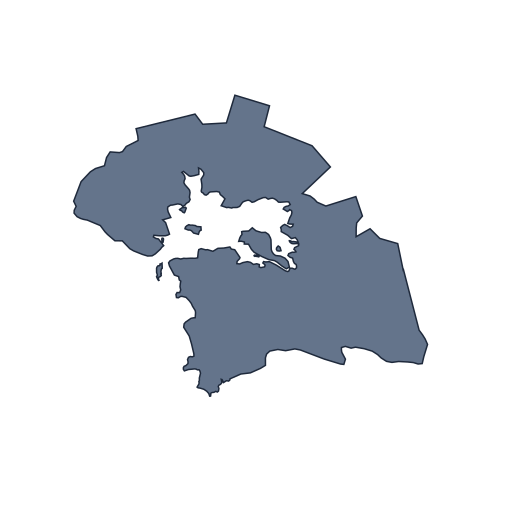 Sandakan, Sabah, Malaysia, rotated 197°
{"feature_id": "92858781B38281907433738", "entity_name": "Sandakan", "entity_type": "district", "adm_level": 2, "iso_a3": "MYS", "parent_name": "Malaysia", "parent_adm1": "Sabah", "projection": "albers", "projection_center": [118.031, 5.791], "detail": "fine", "context": "isolated", "style": "filled", "palette": "slate", "viewbox_px": 512, "rotation_deg": 197, "n_neighbors": 0, "source": "geoboundaries", "source_scale": "gbopen_adm2", "svg_char_len": 6168}
<svg xmlns="http://www.w3.org/2000/svg" viewBox="0 0 512 512"><g transform="rotate(197 256 256)"><path d="M446.4,255.1L442.5,250.9L443.2,246.6L442.5,243.8L438.6,241.3L434.7,240.6L431.6,240.6L428.0,241.0L413.8,239.6L407.5,235.0L404.3,233.2L395.4,229.3L388.3,231.4L378.8,226.1L374.5,225.1L365.0,224.3L359.6,224.3L355.4,225.8L352.9,228.6L349.4,234.6L348.7,236.7L347.3,238.9L354.3,243.8L356.8,243.5L359.7,244.2L359.7,246.0L354.7,247.0L348.7,248.8L346.5,250.2L345.1,251.6L352.2,261.5L355.8,263.3L348.7,267.9L352.9,272.5L354.3,275.0L354.7,277.1L352.6,279.6L350.8,280.3L346.0,283.0L342.8,283.3L340.5,282.1L338.9,283.7L338.0,286.0L336.0,288.2L335.5,290.7L336.9,292.8L337.6,297.3L338.7,299.4L340.1,300.5L344.8,303.4L346.4,305.0L346.7,307.1L346.4,309.1L347.6,311.6L349.2,313.0L351.4,314.3L350.1,315.7L343.3,313.0L341.7,313.2L338.5,314.8L334.6,317.3L335.3,320.2L336.7,323.4L334.0,322.9L330.3,320.4L329.7,318.2L331.0,313.4L328.7,308.6L327.8,305.9L327.4,302.1L326.7,301.2L324.9,300.7L323.3,299.6L321.5,299.6L320.1,301.2L319.7,302.5L318.5,303.9L312.4,306.2L309.7,306.4L308.1,304.3L305.4,303.2L302.4,301.6L304.0,293.9L298.1,293.7L296.8,294.4L293.1,294.8L292.5,295.5L288.2,296.9L286.1,298.7L285.0,302.3L284.1,304.1L281.8,305.9L279.8,307.1L278.0,307.1L275.5,306.2L273.6,307.3L270.5,310.5L266.2,313.9L263.9,314.8L261.0,313.9L259.1,315.2L257.3,316.1L255.1,316.1L252.3,315.2L250.3,314.1L248.5,314.5L242.6,316.8L240.5,317.3L238.3,315.2L239.9,313.2L241.7,312.3L243.3,310.7L243.7,308.9L239.0,307.7L237.8,309.1L237.4,310.2L235.3,309.8L234.4,308.2L234.2,305.7L234.9,302.3L235.1,296.4L233.3,296.4L229.7,297.3L229.7,295.0L231.7,293.2L234.9,294.1L237.8,294.6L239.4,293.0L240.8,290.5L239.6,288.7L239.0,286.7L231.7,285.1L227.2,283.0L223.8,285.1L221.3,283.5L218.6,280.1L218.3,278.3L221.5,275.3L221.7,273.5L220.1,272.8L219.0,271.7L220.8,270.6L222.4,270.3L225.4,267.8L225.6,265.8L222.9,264.7L220.4,264.7L218.6,261.7L217.0,260.1L215.2,259.7L214.3,258.3L213.8,256.5L214.9,254.7L217.9,254.9L219.9,254.2L220.2,251.3L221.1,250.4L223.6,250.4L234.2,253.3L241.5,254.5L245.1,253.1L247.1,252.9L247.4,251.3L245.1,250.4L244.6,249.7L244.6,248.1L248.0,246.3L249.8,246.5L250.3,248.8L253.0,248.8L256.0,247.2L259.4,248.3L262.5,248.1L266.6,245.9L269.3,243.6L272.1,243.1L272.5,245.4L270.9,248.6L270.9,249.9L278.2,255.8L281.6,255.4L283.6,257.0L289.1,254.2L294.7,252.2L298.6,247.9L304.3,247.9L305.8,247.2L310.6,247.0L312.6,245.4L312.4,242.9L311.3,237.2L313.3,236.1L318.1,234.7L322.2,233.2L324.4,232.7L327.1,231.1L330.1,230.9L332.1,230.2L333.9,229.1L336.9,226.1L337.6,223.9L335.8,221.1L328.5,213.9L324.0,213.7L322.4,210.7L320.6,210.0L320.3,207.5L319.7,204.4L318.1,201.6L318.3,198.7L320.8,198.0L321.3,195.8L319.9,193.0L318.1,193.3L316.3,195.3L314.9,195.8L310.8,196.0L306.7,193.7L304.0,191.7L302.0,189.4L298.1,186.0L297.2,184.0L296.1,179.2L297.9,178.5L299.9,177.4L304.0,172.2L304.9,170.1L304.3,166.7L296.5,160.0L291.9,153.0L287.0,144.6L286.4,143.2L286.1,142.0L287.5,140.9L289.4,140.7L290.9,139.4L291.2,136.9L290.1,135.1L289.6,133.2L291.0,130.7L292.5,129.5L292.8,127.9L292.3,126.4L290.9,125.2L287.4,127.7L281.6,130.1L280.1,130.3L278.8,130.0L277.2,130.6L275.9,129.5L274.8,127.7L274.5,122.7L273.8,120.6L273.9,119.0L273.3,118.1L273.2,116.8L274.0,113.4L272.9,113.0L270.9,113.3L266.9,113.3L263.6,112.3L261.0,110.7L259.3,108.4L258.5,108.7L258.7,110.3L259.1,111.0L258.8,112.0L257.9,112.7L256.4,113.3L254.9,114.8L253.2,114.6L252.4,115.8L252.7,118.4L254.0,120.3L253.7,121.6L252.4,122.9L251.6,124.9L253.2,127.9L252.3,127.9L250.0,125.5L247.8,128.1L245.6,128.4L244.8,129.7L244.9,131.0L236.0,138.7L227.2,142.6L218.9,149.8L215.0,154.2L217.2,161.4L217.2,165.3L215.0,169.1L207.8,173.0L200.0,174.1L191.7,178.5L186.2,179.1L160.8,177.4L143.6,177.4L140.3,178.0L140.3,183.5L145.8,189.0L146.9,191.3L147.5,193.5L144.1,195.7L138.1,195.7L134.2,197.9L125.3,199.0L117.0,199.0L110.9,197.3L106.5,195.1L100.4,193.4L94.9,194.0L88.8,196.8L80.0,199.0L74.4,200.1L69.4,200.1L65.6,201.7L66.1,208.9L66.1,221.6L70.0,226.1L73.8,229.4L78.3,232.7L110.9,285.9L111.1,285.5L124.1,309.3L142.8,309.0L154.9,315.4L165.9,303.7L168.4,312.2L169.4,317.1L165.9,325.3L177.9,342.0L203.8,324.2L213.3,325.3L216.9,327.4L221.8,329.2L230.0,329.2L210.9,362.9L234.6,377.8L286.0,382.0L287.0,403.6L323.2,403.6L323.2,374.6L345.5,366.4L355.8,373.9L407.9,342.7L404.0,335.9L402.5,332.0L412.1,322.8L414.2,316.8L416.7,315.0L425.9,312.9L427.7,306.5L427.3,298.0L435.1,292.7L439.0,288.1L445.0,276.0L446.4,255.1ZM234.0,256.3L228.3,254.0L223.3,252.6L220.8,255.1L223.8,260.1L227.6,262.4L232.6,263.1L237.4,262.2L239.9,263.1L242.1,264.9L243.3,266.7L246.4,275.8L247.6,277.6L250.3,280.3L253.9,281.4L257.6,280.1L263.4,280.1L267.8,281.9L270.3,277.8L275.7,275.8L276.8,275.1L275.7,272.4L276.4,270.8L276.8,268.5L276.8,264.9L274.6,265.8L271.2,266.0L270.7,264.0L266.6,265.1L262.3,261.0L258.9,259.0L250.3,257.2L242.8,256.3L236.9,257.0L234.0,256.3ZM325.1,261.3L322.4,259.7L317.4,259.9L317.4,262.4L317.0,263.8L316.0,264.7L317.2,267.8L321.3,266.9L322.8,267.4L326.0,266.9L327.8,266.3L329.4,266.3L331.0,264.7L331.9,263.1L331.9,261.3L328.3,261.0L326.9,261.5L325.1,261.3ZM343.8,221.7L344.4,220.9L345.5,220.2L345.1,219.0L345.7,218.4L346.9,217.9L347.5,216.4L347.5,215.2L346.3,211.3L344.8,209.1L344.6,208.2L345.0,207.8L345.1,207.2L343.5,205.3L342.1,204.1L341.7,204.4L342.2,204.9L343.0,207.0L341.3,208.6L340.9,209.8L341.2,210.4L341.7,210.7L341.8,211.2L341.5,211.5L342.4,213.4L342.5,214.3L342.7,215.8L342.5,216.4L342.1,216.6L342.2,217.2L343.8,221.7ZM339.0,276.6L337.3,276.3L336.9,277.1L336.7,281.4L337.7,282.0L338.9,281.3L340.6,280.8L342.7,278.1L341.8,277.5L340.5,277.6L339.0,276.6ZM238.0,271.7L238.7,269.7L238.5,268.4L237.3,267.2L235.2,267.5L233.6,268.4L235.5,271.3L237.6,272.1L238.0,271.7ZM228.3,279.8L227.3,279.0L225.9,278.5L225.1,278.4L223.3,278.8L220.8,279.8L219.5,279.9L219.3,280.5L219.8,281.1L221.2,281.3L224.2,280.9L225.6,280.3L228.0,280.6L228.6,280.4L228.3,279.8ZM350.3,245.8L351.0,245.6L351.1,244.5L350.0,242.3L349.3,241.6L348.9,242.0L349.3,244.9L349.7,245.7L350.3,245.8ZM257.4,256.6L258.0,255.9L257.9,255.6L257.0,255.3L256.0,255.8L254.6,255.8L253.5,256.2L253.1,256.0L252.9,256.3L253.1,256.9L253.8,257.1L254.7,256.8L255.7,257.1L256.3,256.7L257.4,256.6Z" fill="#64748b" stroke="#1e293b" stroke-width="1.5"/></g></svg>